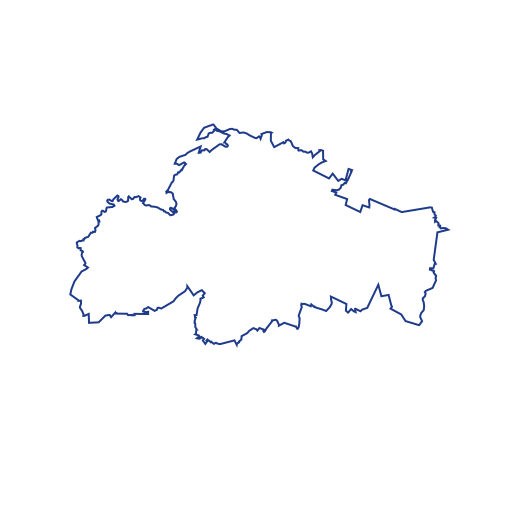 the district of Cunduacán, Tabasco, Mexico, rotated 152°
{"feature_id": "50627088B6162442693475", "entity_name": "Cunduacán", "entity_type": "district", "adm_level": 2, "iso_a3": "MEX", "parent_name": "Mexico", "parent_adm1": "Tabasco", "projection": "mercator", "projection_center": [-93.209, 18.087], "detail": "fine", "context": "isolated", "style": "outline", "palette": "blue", "viewbox_px": 512, "rotation_deg": 152, "n_neighbors": 0, "source": "geoboundaries", "source_scale": "gbopen_adm2", "svg_char_len": 6142}
<svg xmlns="http://www.w3.org/2000/svg" viewBox="0 0 512 512"><g transform="rotate(152 256 256)"><path d="M253.3,386.4L247.9,385.1L246.6,384.3L244.5,384.5L242.9,384.0L240.2,386.4L239.0,386.3L236.6,385.4L234.6,386.0L234.1,387.2L232.8,387.3L232.0,385.2L229.6,383.1L226.7,379.1L224.8,377.6L222.8,374.8L225.3,374.1L230.5,371.2L229.9,371.0L229.9,369.2L229.2,368.5L228.9,367.1L229.2,366.4L230.5,366.1L231.7,366.9L234.2,371.0L235.8,371.7L245.3,370.4L248.1,369.6L249.4,373.5L250.7,374.3L251.9,373.5L254.2,374.7L256.4,373.3L258.1,374.0L253.5,378.7L265.3,379.3L268.5,379.1L270.7,378.4L277.0,379.5L280.5,378.9L284.4,375.6L282.6,374.7L281.2,372.3L275.6,372.4L275.0,371.8L274.9,371.1L275.4,370.5L274.9,370.0L277.4,369.2L281.1,366.7L281.3,367.2L284.6,365.8L285.3,366.5L287.3,365.1L289.2,365.6L290.6,365.4L293.4,361.4L294.6,360.7L295.7,360.5L302.9,355.6L305.0,355.0L305.4,353.7L303.0,353.9L302.9,353.2L301.2,352.4L300.2,350.2L301.9,345.1L301.3,341.5L301.7,339.4L303.4,337.6L305.6,336.6L304.9,332.6L305.6,331.9L307.2,332.6L307.4,333.4L306.4,335.0L308.0,338.0L308.9,338.7L309.7,338.3L310.1,337.4L308.4,332.8L308.5,331.8L309.8,331.4L312.5,332.2L313.4,335.2L315.0,336.7L315.5,338.4L316.2,338.6L316.5,340.4L318.0,341.6L320.1,345.1L322.1,346.9L325.4,349.0L325.9,350.5L326.6,351.2L329.3,352.2L330.2,353.1L331.0,355.7L327.2,357.8L327.0,358.5L328.1,359.1L329.9,358.0L331.4,358.3L332.1,359.8L331.6,361.0L330.5,361.9L331.6,364.0L334.6,364.3L335.2,365.0L336.4,364.9L337.7,364.1L339.0,364.4L340.4,368.4L341.2,368.0L343.0,364.8L344.4,364.6L346.2,365.1L347.9,366.8L347.9,368.1L348.6,369.6L351.5,369.0L351.9,369.6L351.7,371.0L349.5,372.8L349.4,373.6L350.0,374.5L355.3,373.0L356.9,371.8L357.7,372.4L359.0,374.7L360.5,375.2L361.4,374.7L361.7,373.6L360.7,371.0L357.4,368.2L357.4,366.8L359.8,366.7L364.8,368.8L365.7,368.3L367.1,366.3L367.9,365.8L369.0,366.0L369.9,367.8L370.8,368.2L371.7,367.6L372.9,365.5L373.8,365.0L378.3,365.2L378.8,361.8L377.8,361.2L378.1,359.8L379.1,359.9L380.4,357.5L381.4,356.9L385.0,356.3L385.5,354.4L386.7,352.9L388.5,353.9L388.9,353.3L389.7,353.4L390.8,354.1L395.2,351.7L398.6,352.3L399.5,351.6L400.3,351.9L401.0,350.7L402.0,351.3L403.7,351.3L404.6,352.2L407.8,352.1L408.4,351.2L408.7,349.1L409.7,347.4L408.9,346.0L408.0,345.9L407.1,345.3L408.2,343.3L406.8,341.7L406.9,340.8L407.9,340.7L409.6,338.6L409.9,337.4L409.9,329.8L410.8,329.1L412.0,328.7L409.8,324.7L411.8,324.2L417.3,324.2L428.2,318.8L434.8,313.1L438.0,309.2L433.5,300.1L433.8,299.7L431.5,298.8L432.9,296.0L435.5,293.6L435.7,292.7L435.3,289.0L435.7,285.2L436.6,284.3L435.7,283.7L430.9,283.4L434.8,275.4L426.1,271.3L416.9,274.1L412.9,272.7L412.7,270.0L407.1,272.0L407.4,271.4L406.3,270.7L405.9,271.0L405.1,270.0L396.9,265.5L396.7,263.8L393.3,262.3L393.5,262.0L391.0,260.7L390.5,262.0L378.5,255.4L377.4,257.4L379.3,258.0L380.2,258.8L380.8,258.7L381.6,260.1L382.4,260.4L381.2,260.5L379.4,261.7L377.7,261.2L375.2,261.5L371.2,255.1L368.6,255.1L367.3,256.4L366.1,256.0L364.3,254.1L350.1,254.7L346.9,256.3L343.3,257.4L335.2,258.2L331.6,260.2L330.8,261.6L329.5,250.5L325.0,251.4L319.9,251.3L318.7,247.2L321.6,246.0L321.6,244.0L325.1,244.4L325.7,243.1L327.3,241.1L332.2,237.1L336.3,231.7L337.9,232.6L338.8,230.0L338.3,229.7L340.7,227.5L340.9,226.5L341.7,225.8L341.4,224.8L343.0,221.6L342.8,219.0L343.1,219.2L345.6,215.5L346.4,215.4L343.8,212.7L343.7,211.8L346.8,211.1L344.9,209.6L343.6,210.3L343.3,209.5L342.1,210.1L340.7,207.3L342.6,206.4L342.0,202.2L339.1,203.6L339.4,204.6L338.1,205.1L336.4,201.1L335.8,201.4L334.4,198.2L332.1,198.2L331.3,196.9L329.2,195.1L314.6,191.6L314.7,186.6L313.9,187.6L311.5,187.7L311.3,188.4L308.2,189.1L306.3,192.0L300.0,192.0L297.1,193.1L292.3,193.6L290.2,191.3L289.8,189.5L286.8,190.8L283.7,187.4L284.7,186.5L284.6,185.2L283.4,185.4L280.6,187.2L272.3,190.9L272.1,191.6L268.3,190.3L267.8,188.9L268.0,184.6L268.5,183.7L262.4,183.8L254.5,175.4L253.9,175.2L253.8,172.4L253.4,172.1L252.0,172.9L249.6,175.8L246.7,180.6L246.4,183.2L239.5,189.5L239.1,191.5L238.2,192.5L237.6,191.8L235.6,191.0L231.2,185.9L229.9,187.3L228.5,183.7L228.1,183.9L227.1,182.1L222.9,178.0L219.9,174.5L215.1,176.1L211.8,178.1L210.9,179.4L210.2,182.2L208.9,185.0L198.7,171.2L202.3,165.5L201.3,162.8L196.9,164.5L195.6,161.3L194.4,159.7L193.3,162.8L193.0,162.8L189.7,158.2L187.5,158.8L182.1,158.0L161.5,173.2L164.2,161.6L157.2,159.4L159.8,148.6L159.7,147.4L161.9,146.3L155.2,136.2L154.5,128.3L144.5,118.4L143.6,118.7L140.0,120.4L139.7,124.8L139.2,126.0L137.0,128.0L133.3,129.5L131.0,132.9L129.7,136.3L129.4,139.0L128.5,140.4L125.8,141.1L123.8,143.2L123.9,144.9L122.4,145.5L115.1,144.9L108.4,150.0L107.9,152.1L106.7,153.3L106.6,154.5L106.3,154.5L107.0,157.9L105.9,159.0L108.9,162.4L108.0,163.5L105.2,161.8L102.0,165.1L101.0,164.7L100.9,169.2L84.7,191.7L74.0,189.0L75.3,191.3L77.7,192.9L79.7,193.5L79.9,194.6L79.5,195.5L80.2,195.5L79.5,196.8L80.7,197.4L79.4,199.3L80.6,202.5L81.8,202.2L81.3,203.5L79.1,205.1L80.5,206.2L79.3,206.3L78.3,207.1L78.8,208.8L77.9,210.9L78.7,211.3L78.9,212.0L78.0,216.2L79.4,217.2L106.8,226.4L111.3,232.4L111.8,232.0L128.7,252.9L130.0,252.3L131.9,247.7L133.2,245.7L138.1,250.8L143.3,245.9L152.9,258.9L148.8,263.5L157.3,272.8L155.3,274.3L158.5,277.8L157.4,278.7L153.8,276.1L151.8,275.7L149.2,276.4L147.4,278.4L145.7,278.0L143.2,278.9L142.4,278.0L139.4,280.3L139.2,280.1L132.1,285.6L132.3,286.1L130.9,286.8L133.4,289.4L141.4,280.8L144.2,284.0L148.1,283.7L149.6,292.7L155.1,290.2L165.3,304.6L162.9,306.5L157.7,307.5L154.1,307.7L149.9,307.2L151.3,309.8L147.4,317.4L148.9,319.1L150.4,319.7L150.5,318.6L156.4,317.6L159.5,316.5L158.3,320.1L158.3,322.6L160.8,322.5L162.1,323.1L162.8,323.7L163.3,324.9L165.0,325.7L166.3,328.2L168.8,329.0L169.0,329.4L168.0,331.4L170.5,332.8L171.8,335.7L171.4,341.0L172.7,342.9L172.8,343.6L175.4,343.7L176.4,342.6L177.3,342.3L178.4,342.3L178.4,343.6L188.8,343.6L188.8,350.8L185.1,357.5L184.3,357.5L184.9,358.4L188.4,360.4L194.0,361.1L194.2,359.9L196.9,357.4L196.7,359.1L197.1,360.2L200.1,359.8L201.2,360.4L205.2,365.8L206.5,368.3L209.0,370.9L212.8,372.4L213.7,376.4L216.2,378.0L217.3,379.5L219.5,380.4L225.4,380.9L228.1,382.4L231.0,387.0L231.8,391.9L232.2,392.3L241.6,393.6L246.9,391.1L253.3,386.4Z" fill="none" stroke="#1e3a8a" stroke-width="2"/></g></svg>